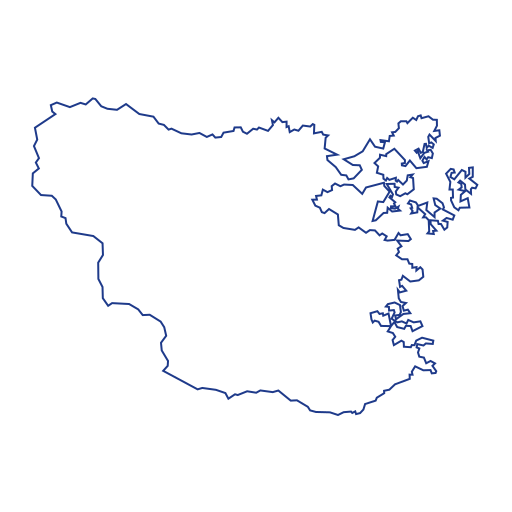 outline of Müna, Ngöbe Buglé, Panama, rotated 269°
{"feature_id": "35544464B46003057824195", "entity_name": "Müna", "entity_type": "district", "adm_level": 2, "iso_a3": "PAN", "parent_name": "Panama", "parent_adm1": "Ngöbe Buglé", "projection": "orthographic", "projection_center": [-81.616, 8.422], "detail": "fine", "context": "isolated", "style": "outline", "palette": "blue", "viewbox_px": 512, "rotation_deg": 269, "n_neighbors": 0, "source": "geoboundaries", "source_scale": "gbopen_adm2", "svg_char_len": 6131}
<svg xmlns="http://www.w3.org/2000/svg" viewBox="0 0 512 512"><g transform="rotate(269 256 256)"><path d="M121.1,276.0L110.8,288.2L111.0,294.4L104.3,305.2L100.7,307.4L99.0,313.2L98.4,327.2L95.6,335.2L98.3,340.9L98.8,348.3L97.4,349.5L98.9,352.5L96.2,353.3L97.1,357.3L100.6,360.7L106.1,362.5L109.3,373.1L112.2,374.3L116.6,381.8L119.0,381.7L120.0,387.0L125.3,392.8L130.5,407.6L134.7,407.5L134.6,410.4L137.6,409.8L142.9,413.2L138.8,421.3L138.9,428.5L135.6,429.7L135.9,433.5L137.7,434.2L143.1,430.5L145.5,433.1L148.0,428.7L145.8,424.3L151.5,422.1L152.5,417.5L156.7,416.3L160.7,417.7L161.8,415.0L165.1,415.7L163.6,421.9L165.6,424.3L165.0,431.2L168.3,431.8L171.4,420.6L168.6,414.7L164.1,412.9L164.2,410.2L162.1,409.2L162.7,402.3L167.4,402.2L168.8,399.9L164.5,392.3L169.6,391.1L172.8,393.8L176.6,391.5L178.3,386.4L182.3,389.0L183.6,388.1L183.9,379.8L188.1,377.4L189.3,373.5L187.5,371.6L190.7,370.3L196.8,369.5L198.7,376.4L195.9,378.5L196.5,381.8L194.1,382.2L196.2,387.5L183.6,389.8L187.6,393.2L182.5,395.9L180.6,402.9L183.6,404.7L183.3,409.4L178.1,411.2L183.0,421.2L187.8,419.2L186.9,412.5L189.4,407.1L185.9,405.3L188.1,400.7L187.2,396.2L190.9,390.5L197.2,393.6L199.5,392.9L199.1,388.1L202.8,388.0L203.2,385.0L205.6,387.0L207.1,393.8L204.4,399.1L197.4,399.9L194.6,398.5L194.1,394.1L190.3,394.9L195.5,402.4L196.1,409.3L199.7,406.9L198.8,402.9L203.4,401.6L206.4,405.1L207.5,400.1L211.2,398.0L219.7,397.3L217.1,399.2L218.7,405.6L223.6,401.6L222.6,399.5L229.3,398.6L229.8,401.0L233.6,402.5L227.8,409.8L228.8,418.4L232.3,422.9L239.6,422.3L241.9,420.1L238.7,416.1L242.1,416.3L241.5,412.1L245.3,412.1L245.7,409.1L250.1,407.4L250.2,401.9L254.2,396.2L257.5,399.0L260.9,397.8L263.2,401.6L269.0,397.4L268.3,408.7L270.2,411.1L275.2,408.1L274.2,400.9L276.5,398.9L269.7,394.8L269.1,387.8L269.8,384.9L273.4,387.0L276.3,382.6L274.5,379.9L279.5,375.4L279.9,370.3L277.3,366.4L282.8,359.1L280.4,355.4L282.5,343.9L285.3,339.3L296.1,338.6L301.7,329.8L297.7,325.3L298.7,322.6L303.2,320.7L305.3,316.2L311.3,313.3L311.3,317.9L315.0,317.1L315.5,322.4L321.2,324.0L318.6,328.6L320.6,333.2L324.5,332.9L327.1,336.3L324.3,341.6L325.9,345.3L325.3,354.0L316.3,363.3L322.6,367.2L327.0,385.2L323.8,385.5L318.0,390.7L307.7,384.2L308.4,378.8L289.0,373.2L289.6,376.4L296.8,384.3L296.9,387.9L302.0,388.5L298.1,392.9L298.9,400.8L300.9,398.6L302.9,399.3L300.9,395.9L301.5,391.7L303.3,391.9L303.3,396.3L306.1,394.9L307.3,396.2L312.3,390.4L313.9,391.5L312.7,393.1L315.2,394.0L325.7,388.0L325.8,395.8L322.6,395.9L321.8,399.7L318.1,396.9L315.1,397.3L313.3,401.2L316.1,406.4L315.1,408.4L319.9,414.9L331.2,414.4L332.1,411.7L334.7,414.0L334.0,409.1L328.8,408.1L324.9,404.2L329.5,399.5L327.9,398.3L328.9,397.0L331.8,397.2L329.8,390.7L331.7,388.5L329.2,387.2L331.1,384.8L335.0,384.7L337.1,378.3L343.5,379.7L346.9,376.1L352.0,381.6L355.1,381.8L353.6,387.9L355.6,388.0L360.8,396.2L349.3,406.6L346.4,406.5L345.9,403.4L344.1,403.5L343.3,407.0L348.8,411.5L341.0,417.9L342.2,428.4L347.8,430.1L346.0,425.3L348.4,424.0L352.1,426.2L349.6,428.3L351.8,429.9L350.8,433.5L355.4,434.6L359.1,432.5L358.7,429.0L357.3,429.9L356.2,426.1L350.9,422.0L357.8,419.6L356.5,418.4L358.6,416.7L360.5,420.4L356.3,422.6L357.2,424.6L365.1,426.5L365.2,427.9L361.1,428.6L363.3,430.6L361.0,434.5L364.5,435.7L366.5,433.3L365.7,431.1L372.1,430.3L374.4,431.6L367.8,437.7L370.9,437.5L373.1,442.0L378.5,441.5L377.9,436.4L383.1,439.2L389.0,439.2L389.2,435.3L392.7,430.9L390.9,423.9L393.7,423.1L392.9,420.4L389.2,418.6L391.5,415.2L386.2,409.7L388.1,408.7L388.2,403.2L386.1,400.7L381.3,401.1L377.6,397.4L377.3,394.2L374.0,395.8L373.7,391.8L368.4,390.9L369.7,382.5L367.9,382.8L367.5,386.9L361.2,385.1L363.2,376.9L370.7,372.0L358.8,364.5L354.0,356.1L351.2,345.4L345.3,354.4L344.9,361.3L340.3,363.3L331.9,355.0L331.0,349.8L335.0,347.7L335.7,342.6L343.5,337.3L350.7,329.1L354.6,328.7L355.9,338.9L362.3,326.5L373.0,327.7L375.3,330.2L376.2,325.3L379.0,323.9L377.6,316.1L386.1,316.6L386.9,315.1L384.5,312.5L385.6,305.1L380.5,300.6L381.8,296.5L379.3,291.9L385.2,290.9L384.4,288.8L389.8,288.9L389.4,284.7L393.8,280.8L389.3,276.8L391.5,274.3L386.6,275.2L380.9,270.2L384.4,261.2L382.4,259.2L383.3,255.4L378.4,249.1L380.5,245.1L384.9,243.0L384.9,236.8L381.4,235.7L379.9,225.7L375.6,223.3L375.1,217.4L378.3,214.6L375.9,208.9L380.0,201.6L378.6,193.7L380.0,183.5L384.8,173.7L383.9,170.8L388.7,166.2L390.1,161.0L397.1,155.9L400.0,141.8L410.2,128.7L404.6,119.6L405.8,110.0L408.4,103.9L415.8,98.1L416.4,95.5L410.5,88.4L412.2,83.2L408.1,72.5L412.9,59.5L410.4,53.5L404.0,54.8L401.4,57.9L388.1,37.2L376.2,39.3L369.8,35.9L357.6,40.7L353.3,37.5L347.3,40.4L342.5,34.3L330.0,33.5L320.7,42.1L319.8,52.9L316.0,56.8L303.9,62.4L298.9,62.0L297.2,66.2L291.6,66.9L282.8,72.5L278.8,93.7L271.4,102.8L259.7,103.0L252.1,98.1L235.8,98.0L227.7,102.0L216.5,102.1L208.8,107.3L211.4,111.3L210.2,128.3L204.7,137.3L198.9,141.7L199.1,148.7L192.1,159.5L186.4,163.0L177.8,164.8L170.9,159.5L163.2,160.1L152.6,166.2L147.7,165.8L142.8,161.2L123.7,195.3L125.0,200.0L122.9,213.6L119.5,223.0L113.8,225.9L118.1,232.6L117.3,235.3L120.9,244.8L119.3,253.8L121.5,258.0L119.6,270.4L121.1,276.0ZM300.8,470.2L310.1,468.7L307.0,461.4L313.6,461.9L317.2,466.3L318.8,459.8L321.0,462.8L324.5,462.5L326.0,459.7L327.8,461.4L323.8,466.2L318.9,466.5L314.4,472.1L319.0,472.0L320.5,473.3L319.8,476.7L323.3,478.5L329.7,470.6L331.4,474.1L340.8,474.3L340.4,470.5L334.3,470.7L330.7,466.8L336.6,466.9L338.4,463.3L329.2,455.6L331.6,451.8L335.7,453.0L336.0,456.1L339.1,455.1L339.7,452.2L335.0,447.5L326.7,451.6L319.1,450.6L319.0,453.9L311.0,454.0L310.7,452.0L308.2,452.0L301.2,455.1L298.2,459.2L300.7,460.6L300.8,470.2ZM275.6,427.9L274.9,434.1L277.9,433.5L278.2,436.8L284.8,431.2L288.7,431.1L288.0,438.5L284.8,439.1L284.8,441.5L279.0,444.8L281.2,447.7L286.7,448.2L288.1,443.5L290.7,447.2L288.9,453.3L293.1,455.0L299.3,443.6L301.3,444.8L305.5,443.4L310.1,437.7L310.5,434.6L303.8,436.1L300.2,441.1L296.4,435.3L291.8,435.2L299.0,427.1L306.5,428.2L303.3,419.1L306.8,416.8L308.8,410.9L305.9,408.9L304.9,412.0L301.4,413.0L301.0,411.5L298.2,413.4L295.8,411.9L296.8,418.0L301.8,418.4L294.9,425.9L291.7,423.8L291.7,426.6L288.8,429.3L277.6,429.6L275.6,427.9Z" fill="none" stroke="#1e3a8a" stroke-width="2"/></g></svg>